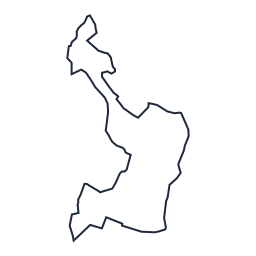 outline of Ekiti West, Ekiti, Nigeria
{"feature_id": "59680162B72061925749770", "entity_name": "Ekiti West", "entity_type": "district", "adm_level": 2, "iso_a3": "NGA", "parent_name": "Nigeria", "parent_adm1": "Ekiti", "projection": "orthographic", "projection_center": [4.99, 7.712], "detail": "fine", "context": "isolated", "style": "outline", "palette": "slate", "viewbox_px": 256, "rotation_deg": 0, "n_neighbors": 0, "source": "geoboundaries", "source_scale": "gbopen_adm2", "svg_char_len": 1592}
<svg xmlns="http://www.w3.org/2000/svg" viewBox="0 0 256 256"><path d="M89.4,15.6L86.9,16.7L86.6,18.1L84.1,23.0L81.4,25.1L78.3,28.3L76.7,31.8L76.9,35.5L76.2,38.2L75.1,39.2L71.9,42.0L70.6,46.0L68.8,46.2L68.2,51.1L67.3,58.2L71.6,62.7L71.6,69.4L71.6,74.2L81.2,69.6L85.8,72.5L87.5,74.7L88.4,76.4L89.7,78.1L91.9,81.6L95.2,87.1L100.4,92.8L104.8,97.6L107.6,103.6L108.1,111.9L107.0,121.0L105.7,130.6L108.6,135.1L110.9,139.7L112.4,141.9L115.8,144.9L118.0,146.1L122.2,147.5L124.4,149.4L125.6,152.5L130.7,154.9L126.6,169.7L124.3,171.6L121.8,171.5L119.7,173.7L115.9,182.4L112.3,188.6L99.9,192.3L99.1,191.4L89.5,185.7L87.0,184.0L84.5,183.8L80.7,194.5L79.5,197.0L78.1,199.7L78.3,202.6L77.6,204.3L78.5,213.0L71.9,214.4L69.7,225.8L72.8,235.7L73.7,240.6L90.2,224.9L101.9,228.4L106.2,217.3L122.3,223.7L122.0,225.6L129.4,227.9L141.4,231.7L154.8,232.3L159.0,231.4L165.2,229.4L165.9,227.6L164.1,217.8L166.2,200.6L166.5,200.2L167.7,197.2L169.5,184.8L174.4,180.5L176.9,178.2L180.7,172.8L179.8,169.9L178.8,166.3L178.3,164.1L183.7,150.9L185.0,145.3L187.6,138.9L188.7,136.0L188.3,129.4L181.2,113.1L179.8,112.6L174.4,113.2L167.3,111.4L157.3,105.1L152.6,103.9L148.6,103.2L148.4,107.1L138.1,117.7L133.0,115.0L126.6,110.3L123.7,108.4L119.8,103.2L116.5,99.2L118.2,96.4L116.8,95.1L113.7,92.9L107.5,84.7L104.9,80.8L102.0,76.7L102.1,72.7L104.6,72.2L107.3,71.4L111.3,73.6L114.1,72.1L115.0,71.4L115.0,70.4L115.0,69.2L112.8,66.7L110.7,57.2L108.7,54.7L107.5,53.3L104.3,52.7L102.6,52.2L99.8,51.1L98.5,50.7L87.1,40.6L96.6,32.9L95.6,28.1L95.2,24.6L91.4,18.1L89.9,15.4L89.4,15.6Z" fill="none" stroke="#1e293b" stroke-width="2"/></svg>